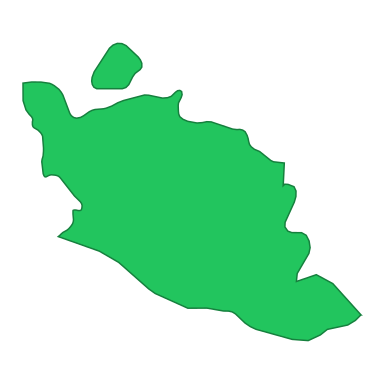 the Metropolitan department of Vaucluse
{"feature_id": "FRA-5352", "entity_name": "Vaucluse", "entity_type": "Metropolitan department", "adm_level": 1, "iso_a3": "FRA", "parent_name": "France", "parent_adm1": "", "projection": "natural_earth1", "projection_center": [5.058, 44.047], "detail": "fine", "context": "isolated", "style": "filled", "palette": "green", "viewbox_px": 384, "rotation_deg": 0, "n_neighbors": 0, "source": "natural_earth", "source_scale": "10m", "svg_char_len": 2270}
<svg xmlns="http://www.w3.org/2000/svg" viewBox="0 0 384 384"><path d="M361.0,314.9L360.9,314.9L355.4,320.4L347.8,325.0L327.3,329.4L320.4,334.9L308.2,340.6L292.2,339.4L256.0,329.3L250.3,326.6L245.0,323.0L235.5,313.9L232.2,311.9L228.6,311.1L223.5,311.0L206.9,308.1L187.8,308.2L155.2,293.5L148.7,288.9L118.7,262.4L99.4,251.2L58.3,236.6L60.3,234.9L61.1,234.0L63.0,232.4L66.8,230.3L68.7,228.8L70.7,226.5L72.3,224.2L72.9,222.9L73.3,221.4L73.5,219.8L73.0,214.0L73.0,211.6L73.0,210.7L73.2,210.3L74.4,210.0L75.5,210.0L76.9,210.2L77.0,210.3L77.3,210.4L79.0,210.6L80.0,210.5L80.5,210.4L80.8,210.3L81.0,210.1L81.4,209.5L81.8,208.4L82.0,207.0L82.1,205.5L81.6,203.7L80.4,201.8L74.4,195.9L60.0,177.5L58.5,176.2L56.4,175.4L54.7,175.1L51.3,174.8L49.8,175.1L48.5,175.6L46.2,176.8L45.1,176.9L44.0,175.8L43.2,173.8L41.8,161.8L42.0,160.0L42.3,158.6L42.7,157.4L43.1,155.9L43.5,151.1L43.5,148.0L42.6,136.3L41.9,134.6L40.7,132.8L38.0,130.1L34.1,127.8L33.0,126.7L32.4,124.9L32.4,121.8L32.8,120.0L32.5,118.4L31.6,116.8L29.1,114.2L26.0,109.9L23.1,100.7L23.0,83.1L31.8,82.0L41.1,82.1L49.6,83.3L51.9,84.3L54.3,85.7L58.9,89.3L61.2,92.2L62.9,95.1L69.8,113.4L71.3,115.7L73.7,117.5L76.6,118.2L80.6,117.4L83.7,115.7L89.3,111.7L92.2,110.3L95.0,109.5L103.4,108.8L106.1,108.2L111.7,106.1L117.7,102.8L123.6,100.5L144.5,95.0L148.6,95.2L162.6,98.1L167.6,97.7L171.3,96.3L175.5,92.2L177.6,90.7L179.8,90.4L181.6,91.5L182.1,94.7L181.2,97.5L178.5,102.9L178.2,105.6L178.4,111.3L178.7,114.0L179.8,116.7L183.0,119.3L187.7,121.3L197.0,123.0L202.3,122.6L206.8,121.7L211.2,121.9L232.7,129.1L237.0,129.6L239.8,129.4L242.7,130.1L245.1,131.7L247.1,135.4L248.1,138.5L248.7,141.6L249.5,144.4L251.2,146.8L254.4,149.3L259.6,151.5L270.8,160.5L273.5,161.8L284.3,163.0L283.2,185.7L284.7,184.2L288.1,184.4L294.0,186.7L296.0,191.0L295.9,196.5L294.3,202.1L285.1,222.3L284.9,226.9L287.8,231.1L291.8,232.6L301.6,232.7L306.2,235.3L309.1,241.0L310.1,247.7L308.9,253.4L297.2,273.5L296.4,281.5L316.3,274.7L332.8,283.6L360.9,314.8L361.0,314.9ZM117.3,43.4L121.9,43.6L126.1,45.6L138.3,57.1L140.4,60.0L141.8,63.3L141.8,67.1L140.1,69.6L135.1,73.4L132.7,76.8L128.8,84.6L125.9,87.5L122.4,88.7L96.7,88.7L93.9,87.2L92.3,84.5L91.7,81.1L92.1,77.4L94.2,71.8L109.5,48.2L113.0,45.1L117.3,43.4Z" fill="#22c55e" stroke="#15803d" stroke-width="1.5"/></svg>